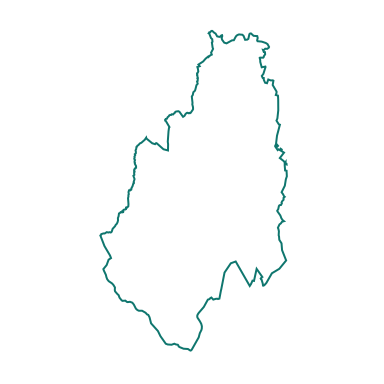 Clane Lea-5, Kildare, Ireland, rotated 262°
{"feature_id": "5873133B16730843557945", "entity_name": "Clane Lea-5", "entity_type": "district", "adm_level": 2, "iso_a3": "IRL", "parent_name": "Ireland", "parent_adm1": "Kildare", "projection": "equal_earth", "projection_center": [-6.848, 53.344], "detail": "fine", "context": "isolated", "style": "outline", "palette": "teal", "viewbox_px": 384, "rotation_deg": 262, "n_neighbors": 0, "source": "geoboundaries", "source_scale": "gbopen_adm2", "svg_char_len": 5048}
<svg xmlns="http://www.w3.org/2000/svg" viewBox="0 0 384 384"><g transform="rotate(262 192 192)"><path d="M347.7,231.3L347.3,231.0L347.0,231.1L346.8,230.7L346.3,231.2L341.9,232.2L340.5,233.3L337.9,233.2L337.3,232.5L332.2,232.5L330.8,232.8L327.3,230.3L325.3,230.7L324.9,229.3L323.4,227.1L323.9,226.9L322.2,224.1L319.7,221.2L317.3,216.1L315.5,217.1L315.0,214.7L313.3,215.0L310.4,215.0L309.0,214.0L308.8,213.5L307.9,213.4L308.0,213.6L306.6,213.4L306.1,213.6L305.2,213.4L304.2,213.7L303.8,213.2L303.3,213.5L301.1,213.0L300.8,212.4L298.4,212.7L297.2,211.3L292.8,209.5L291.9,209.0L290.6,207.2L288.0,206.3L286.6,205.1L280.0,204.9L278.9,204.5L275.9,204.8L273.9,204.6L273.2,204.1L270.6,201.7L270.3,200.9L270.7,200.5L270.5,199.4L271.0,198.8L271.1,198.0L270.3,196.6L268.4,195.1L267.7,193.6L273.2,190.7L273.9,189.7L273.9,187.5L273.7,186.7L272.4,185.6L272.3,185.0L271.4,184.0L271.8,182.8L271.2,182.0L271.4,181.2L271.0,180.1L270.2,179.5L269.5,178.3L268.1,177.4L268.0,176.2L267.2,175.4L266.6,175.4L266.6,175.7L259.4,178.7L258.9,178.2L255.4,177.2L245.1,175.0L242.7,175.0L236.5,174.0L238.3,169.7L245.1,163.9L245.4,163.3L244.5,162.1L245.8,159.4L251.3,154.3L252.2,154.2L250.3,152.5L247.8,148.7L247.4,147.2L245.8,145.3L245.5,144.4L244.2,143.5L244.2,143.2L242.3,142.7L241.1,141.9L239.5,142.0L238.1,141.7L237.4,140.6L236.4,140.9L235.0,139.9L233.9,140.0L233.3,139.5L232.0,139.6L231.6,140.0L230.0,139.3L229.2,139.3L228.7,139.6L228.0,139.3L225.4,140.2L223.9,140.0L223.9,139.6L223.1,139.1L223.1,138.6L222.2,137.9L221.0,137.6L220.9,137.9L220.0,138.0L219.1,137.3L217.0,137.3L216.2,136.2L212.9,136.9L212.5,136.8L210.0,135.6L209.5,135.8L208.7,135.6L208.6,135.1L205.8,133.8L204.6,132.8L202.8,132.2L202.3,131.3L202.7,131.0L202.4,130.7L202.4,129.8L201.5,129.5L200.8,129.1L198.6,129.1L197.9,128.6L196.3,128.4L194.8,127.8L188.8,127.4L186.6,126.9L185.4,125.2L185.9,125.4L186.0,124.8L185.8,124.5L184.2,124.2L183.9,121.8L183.1,121.0L182.3,121.3L181.8,121.1L182.2,120.2L181.7,120.2L181.5,119.9L182.0,118.5L181.3,117.8L180.9,116.7L178.1,115.9L176.5,115.0L174.2,114.8L172.3,114.0L170.9,113.0L170.1,111.9L168.8,111.0L166.6,108.3L164.3,107.2L163.5,106.6L163.2,105.9L163.7,104.6L163.5,103.5L164.1,102.0L163.1,99.8L163.3,98.5L162.9,96.3L162.2,96.0L161.7,95.2L150.6,97.8L140.5,102.0L137.8,102.6L136.6,100.0L131.5,97.3L128.0,93.5L126.4,93.8L121.9,95.2L119.6,95.4L117.4,95.9L115.3,97.1L112.7,100.0L111.0,101.2L108.2,102.4L105.6,101.9L104.3,102.0L101.5,103.8L100.0,105.0L97.5,105.5L94.9,107.0L93.9,107.9L93.7,110.9L92.3,112.1L91.9,113.0L91.9,115.3L90.7,117.5L88.7,118.7L84.3,120.2L82.7,121.5L81.8,122.9L81.4,126.0L78.9,129.2L77.0,130.5L76.4,131.6L73.9,132.5L67.6,133.2L59.1,138.9L53.6,140.7L45.4,144.9L44.4,146.7L43.6,150.5L44.2,153.4L43.3,154.8L42.7,156.7L42.0,157.1L40.9,157.3L40.1,158.2L38.0,161.8L37.1,166.1L35.2,168.3L35.3,169.1L35.9,169.8L47.1,178.4L51.1,180.1L54.0,182.1L55.5,182.7L57.7,183.1L60.2,182.8L62.9,181.8L66.9,179.9L68.5,179.9L69.8,180.5L71.3,181.8L76.5,187.7L83.2,192.7L83.5,194.4L84.4,195.4L84.8,196.5L82.5,198.1L82.9,200.8L82.8,202.2L82.4,202.8L82.6,204.3L90.0,206.8L90.9,207.1L91.2,207.3L107.7,213.0L116.0,220.5L117.1,225.6L90.9,236.1L92.6,237.6L95.8,239.6L95.3,241.0L106.9,245.3L98.1,249.8L97.9,249.2L96.8,248.1L96.4,248.5L95.9,248.3L95.5,248.7L91.6,249.3L89.4,249.3L89.3,249.5L89.6,250.6L91.5,252.9L100.4,259.8L103.8,267.8L111.1,275.7L121.9,273.1L128.7,273.5L132.5,271.8L136.0,272.0L137.0,271.8L141.1,272.6L143.4,272.4L144.6,272.1L147.7,274.1L148.6,275.7L150.0,277.0L150.3,279.0L151.3,278.0L153.4,276.9L156.5,276.2L161.0,273.9L161.6,273.8L163.0,275.0L166.0,276.1L166.7,276.8L166.8,278.4L168.3,279.4L169.0,279.2L170.2,279.9L171.6,281.6L173.4,281.8L174.3,283.1L174.8,282.6L177.0,281.9L179.3,280.7L185.3,284.8L191.5,286.7L194.3,288.1L199.9,288.6L200.4,287.2L205.4,287.5L206.9,287.7L206.1,289.5L206.9,289.5L207.5,288.6L208.6,288.8L208.3,288.5L209.0,287.6L210.0,287.0L213.4,283.7L218.2,288.6L220.1,286.3L221.5,286.8L222.5,285.8L221.2,284.9L222.2,283.6L221.6,282.7L225.2,280.9L225.4,281.2L226.1,280.8L226.4,281.0L224.6,282.2L225.7,283.6L228.3,282.0L235.9,284.0L246.4,288.4L246.9,287.4L250.9,285.6L253.0,286.8L260.9,288.8L271.4,290.2L274.8,290.5L275.5,290.5L276.4,288.5L278.4,289.5L279.7,289.7L286.7,286.8L290.9,288.1L291.3,287.6L291.6,285.4L292.8,283.2L289.3,281.4L290.0,279.6L293.1,278.7L294.9,278.9L295.1,277.9L297.2,277.3L299.0,279.1L305.5,282.2L306.0,282.1L305.8,278.4L311.3,277.7L313.1,277.9L315.4,277.7L315.6,278.1L315.1,281.1L315.5,281.7L316.5,282.1L318.2,283.6L320.3,283.7L320.6,282.6L322.8,282.1L322.5,282.8L323.7,284.5L323.3,286.4L324.2,288.1L324.9,288.5L327.9,287.4L329.3,285.8L331.2,282.0L332.2,277.9L333.2,277.6L335.4,278.5L337.3,278.3L338.1,274.7L340.8,272.5L340.9,271.7L340.3,270.8L335.8,269.1L335.2,267.9L335.3,265.8L339.4,264.8L340.7,263.8L341.5,260.5L341.1,258.8L340.4,257.6L339.3,256.6L336.5,254.6L336.6,252.7L334.4,246.9L335.4,244.7L338.6,243.0L340.3,242.8L342.3,243.7L343.1,243.6L343.0,242.9L341.8,241.3L341.8,240.7L342.6,238.6L345.6,237.4L346.7,236.1L348.7,234.5L348.8,233.6L347.6,232.1L347.7,231.3Z" fill="none" stroke="#0f766e" stroke-width="2"/></g></svg>